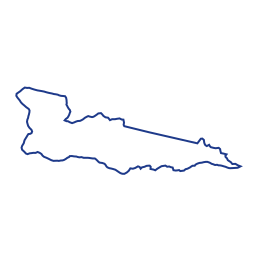 the district of João Ramalho, São Paulo, Brazil, rotated 84°
{"feature_id": "56859067B2602022152952", "entity_name": "João Ramalho", "entity_type": "district", "adm_level": 2, "iso_a3": "BRA", "parent_name": "Brazil", "parent_adm1": "São Paulo", "projection": "robinson", "projection_center": [-50.796, -22.233], "detail": "fine", "context": "isolated", "style": "outline", "palette": "blue", "viewbox_px": 256, "rotation_deg": 84, "n_neighbors": 0, "source": "geoboundaries", "source_scale": "gbopen_adm2", "svg_char_len": 3112}
<svg xmlns="http://www.w3.org/2000/svg" viewBox="0 0 256 256"><g transform="rotate(84 128 128)"><path d="M143.5,230.6L142.9,228.4L142.9,226.7L142.8,224.7L143.1,222.5L142.4,220.4L143.5,218.4L144.8,216.8L146.5,215.9L147.9,214.5L149.1,212.2L150.2,210.4L152.0,207.6L152.9,205.5L153.0,203.6L153.1,201.9L153.5,200.2L153.3,198.3L153.4,196.4L153.0,194.7L152.1,192.8L151.2,191.3L150.8,189.8L149.9,188.9L150.0,186.8L150.6,184.6L151.0,182.3L151.6,181.0L152.1,179.4L152.1,177.3L153.0,175.2L153.2,173.0L153.6,170.1L154.1,168.3L154.6,166.3L154.8,164.2L155.7,163.2L157.1,162.0L158.3,161.1L159.4,160.0L160.1,157.2L161.1,155.1L162.5,154.1L163.9,153.5L165.0,152.6L166.0,150.8L166.5,149.1L167.2,147.2L168.2,144.9L170.9,141.7L172.1,140.2L172.9,138.5L173.2,136.4L172.1,133.8L170.6,131.7L168.4,129.9L169.0,127.4L168.5,125.0L167.2,122.1L168.0,120.5L169.8,119.7L168.6,118.2L168.3,115.6L167.6,113.6L167.6,112.0L167.7,110.4L168.9,109.5L171.1,109.9L172.0,107.0L172.9,105.3L171.6,103.2L169.5,98.7L169.3,94.7L170.6,93.1L170.6,91.0L171.4,89.6L172.0,87.7L174.7,87.2L175.3,85.0L175.3,83.4L175.2,81.6L176.3,80.5L176.2,76.8L175.0,75.1L174.7,73.1L173.7,70.5L172.9,69.1L172.3,67.8L172.5,65.6L171.5,64.7L170.7,62.8L170.2,60.6L170.2,58.2L169.9,56.3L169.8,54.1L170.0,52.5L171.0,50.4L172.4,48.5L172.9,47.2L173.9,45.3L173.9,43.2L174.6,41.9L174.8,40.3L175.3,38.7L176.3,36.3L176.8,35.0L177.7,33.4L178.5,31.6L178.7,30.0L178.8,28.2L178.9,25.8L179.0,23.1L178.5,21.6L177.9,20.1L176.6,22.6L174.9,24.9L174.7,28.0L172.6,29.4L171.6,30.7L170.4,32.1L168.4,32.8L167.2,33.9L165.9,34.1L164.5,32.8L163.4,35.8L162.7,38.1L160.4,38.5L158.6,38.6L157.2,39.9L157.3,42.9L156.8,44.7L155.7,47.7L154.4,48.6L153.2,49.1L154.2,51.5L153.2,52.8L151.9,53.4L150.6,53.7L147.8,53.8L146.3,55.2L146.3,56.7L150.5,60.6L134.4,107.6L125.8,131.5L124.4,132.0L122.2,131.4L119.2,131.7L118.9,133.4L117.6,135.4L117.7,138.0L117.9,140.1L117.6,142.9L118.3,145.1L115.7,146.7L115.0,149.3L113.4,151.2L111.9,152.1L110.4,153.3L110.4,156.0L111.4,157.6L112.5,159.6L113.2,161.1L113.4,162.6L112.7,164.7L112.0,166.3L112.5,167.8L113.4,169.9L114.6,171.7L115.4,173.5L115.9,175.0L115.8,177.3L116.2,179.1L116.8,180.9L117.3,183.1L116.2,185.3L115.0,187.0L114.8,188.4L113.8,190.2L112.6,189.0L111.4,187.0L109.8,185.8L108.7,185.1L107.1,184.4L105.7,183.6L103.9,184.0L102.7,184.9L101.0,185.7L99.6,186.2L98.3,186.8L96.9,186.3L95.3,186.3L93.8,186.2L91.4,186.4L89.8,187.3L89.4,189.2L89.0,191.3L88.3,193.1L87.5,194.4L86.9,196.4L86.5,198.1L85.7,200.1L85.1,202.1L84.5,203.9L83.9,205.5L83.0,207.6L82.2,210.2L81.7,212.0L81.1,214.2L79.9,217.3L78.8,219.8L77.7,222.0L77.6,224.2L77.0,226.4L78.2,228.6L79.1,229.9L80.1,231.2L81.3,233.4L82.3,235.2L84.3,235.7L86.0,234.9L87.7,233.8L89.2,232.8L91.3,231.8L93.1,230.4L94.2,229.3L95.5,228.1L96.8,226.9L97.9,225.6L98.9,224.6L100.3,224.1L102.0,224.4L104.4,225.2L105.7,225.8L107.5,226.3L109.1,227.2L111.3,227.8L113.3,227.5L115.4,227.1L117.5,226.0L119.7,224.2L121.5,223.7L123.0,224.5L123.6,226.0L123.6,227.7L124.9,228.8L126.4,229.9L127.8,231.0L129.4,232.2L132.3,233.3L134.6,235.1L136.4,235.9L138.5,235.6L140.9,233.5L142.7,232.2L143.5,230.6Z" fill="none" stroke="#1e3a8a" stroke-width="2"/></g></svg>